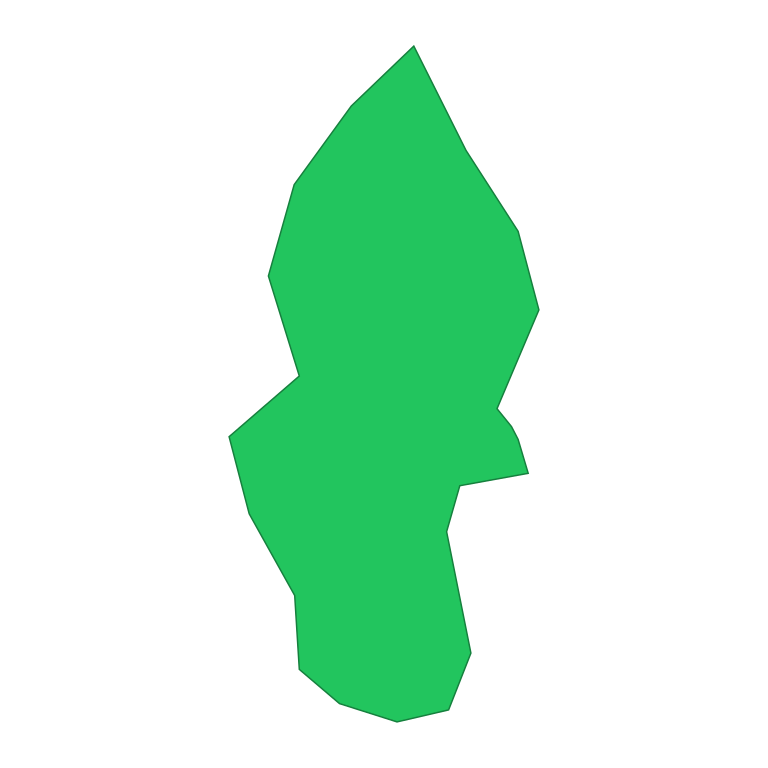 the state/province of `Uvea
{"feature_id": "WLF-4996", "entity_name": "`Uvea", "entity_type": "state/province", "adm_level": 1, "iso_a3": "WLF", "parent_name": "Wallis and Futuna", "parent_adm1": "", "projection": "robinson", "projection_center": [-176.158, -13.28], "detail": "fine", "context": "isolated", "style": "filled", "palette": "green", "viewbox_px": 768, "rotation_deg": 0, "n_neighbors": 0, "source": "natural_earth", "source_scale": "10m", "svg_char_len": 406}
<svg xmlns="http://www.w3.org/2000/svg" viewBox="0 0 768 768"><path d="M413.8,46.1L466.0,150.4L518.1,231.3L538.9,309.9L497.0,408.7L511.5,426.6L518.1,439.4L528.2,473.3L459.8,485.7L446.6,531.7L470.9,653.1L448.6,709.9L397.0,721.9L339.5,703.6L299.3,669.4L294.7,595.5L249.2,513.8L229.1,436.7L299.3,376.0L268.4,276.0L294.2,184.6L351.3,106.0L413.8,46.1Z" fill="#22c55e" stroke="#15803d" stroke-width="1.5"/></svg>